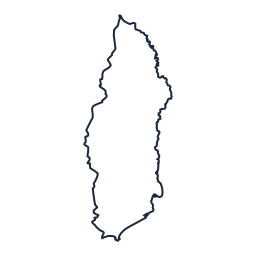 outline of Aiguá, Maldonado, Uruguay
{"feature_id": "84410073B87742847582616", "entity_name": "Aiguá", "entity_type": "district", "adm_level": 2, "iso_a3": "URY", "parent_name": "Uruguay", "parent_adm1": "Maldonado", "projection": "orthographic", "projection_center": [-54.554, -34.619], "detail": "fine", "context": "isolated", "style": "outline", "palette": "slate", "viewbox_px": 256, "rotation_deg": 0, "n_neighbors": 0, "source": "geoboundaries", "source_scale": "gbopen_adm2", "svg_char_len": 5790}
<svg xmlns="http://www.w3.org/2000/svg" viewBox="0 0 256 256"><path d="M99.8,85.2L99.8,86.5L104.4,89.7L105.4,90.7L105.7,92.9L105.6,94.2L106.4,94.9L106.7,96.0L106.3,97.1L102.2,100.7L102.2,102.2L99.3,103.2L95.6,104.8L93.3,106.1L92.4,107.3L92.1,109.7L92.8,115.0L92.6,118.0L91.7,119.3L86.4,129.9L86.6,131.0L87.6,132.4L88.3,134.1L88.1,135.5L87.4,136.2L86.1,136.4L85.2,137.1L85.7,139.7L85.7,142.2L84.6,143.2L84.3,144.2L85.3,145.3L87.6,146.6L88.3,147.5L88.2,150.5L87.5,156.3L89.3,157.6L89.7,158.6L89.6,159.8L89.1,160.9L88.1,161.8L87.7,163.2L88.7,163.5L89.9,163.5L90.1,168.0L94.3,170.7L97.6,173.2L97.7,175.0L96.9,177.6L95.7,180.1L93.7,183.8L94.4,185.9L94.1,187.1L92.8,188.3L93.2,192.6L94.6,202.1L95.2,204.9L97.1,206.9L97.1,207.5L93.8,210.3L93.8,212.8L95.3,213.7L96.6,214.6L97.7,214.8L98.3,215.2L97.8,216.2L97.0,217.4L94.5,217.7L94.7,218.2L95.2,218.8L95.0,219.8L92.6,221.3L92.1,222.0L92.9,223.3L94.6,224.8L96.7,227.3L98.7,229.2L100.3,230.4L102.8,231.6L103.5,232.1L103.8,233.1L102.7,235.2L101.9,237.2L102.3,238.2L106.0,236.6L107.4,236.2L109.4,235.9L112.7,236.1L113.9,236.4L114.2,236.8L114.5,236.8L115.1,237.2L115.2,237.6L115.5,237.8L115.6,238.1L115.6,238.4L115.3,238.5L115.4,238.8L115.2,239.0L115.3,239.5L115.9,239.7L116.1,240.0L116.4,240.0L116.8,240.4L118.1,240.6L118.1,240.2L118.4,239.8L118.8,239.6L119.5,239.8L119.2,239.6L119.0,239.2L119.6,239.2L119.7,238.9L119.3,238.7L119.1,238.3L119.0,237.4L119.0,237.0L119.7,235.3L121.1,233.2L123.1,231.1L125.3,229.2L128.0,227.4L145.8,217.7L145.4,217.1L145.4,216.7L145.2,216.3L144.3,215.5L144.8,215.4L145.3,214.6L146.7,213.7L147.4,213.6L147.5,213.7L147.5,214.1L146.8,214.6L146.3,215.5L146.7,215.9L147.1,215.5L148.2,214.2L148.4,213.5L149.1,212.9L152.6,211.2L153.3,210.6L153.4,209.7L153.3,209.1L152.7,207.9L152.7,207.2L153.1,205.7L152.7,204.5L151.5,202.7L151.2,201.5L151.2,200.7L151.9,199.7L152.3,197.5L152.7,196.7L153.0,195.9L154.2,194.3L154.6,193.5L154.1,195.2L154.2,196.1L154.6,196.8L155.8,196.5L156.0,195.9L155.9,195.0L156.5,195.3L157.1,196.1L158.6,196.8L159.6,197.0L161.0,196.6L161.8,195.9L162.5,193.7L162.4,189.9L162.1,188.1L161.2,185.0L160.5,183.3L159.6,182.7L159.2,182.0L158.1,181.5L157.9,181.2L158.1,180.5L158.0,179.7L157.9,179.3L157.3,178.7L157.3,178.3L157.4,177.7L157.7,177.4L157.9,176.8L157.7,175.8L157.8,175.2L157.5,174.6L156.6,174.0L156.0,173.1L156.0,172.6L156.3,172.1L156.6,172.0L156.8,172.2L156.7,172.7L157.1,172.7L157.4,172.6L157.6,172.1L157.5,171.8L157.2,171.8L157.1,171.4L157.6,170.6L158.0,169.5L158.3,168.0L158.1,167.4L158.3,166.7L158.2,166.1L158.4,165.8L158.3,165.1L158.4,164.4L157.9,163.4L158.0,162.9L158.3,162.7L158.7,162.7L158.8,161.0L158.7,160.0L157.5,159.2L158.2,158.8L158.9,157.7L159.3,155.6L159.1,155.0L158.8,154.8L157.9,153.2L157.9,152.9L158.1,152.0L158.0,151.2L157.3,150.4L156.5,150.2L155.5,149.4L155.0,148.1L155.0,147.3L155.2,147.1L156.5,146.1L156.7,145.7L156.9,144.5L156.8,143.4L157.0,142.9L157.1,142.1L157.4,140.8L158.4,139.3L158.5,138.8L158.3,138.2L158.1,138.0L157.8,137.4L157.7,136.9L157.7,136.4L158.1,135.6L158.3,135.3L158.5,134.4L158.8,134.2L158.9,133.8L159.1,133.6L159.1,133.2L159.5,132.6L159.5,132.2L159.1,131.4L158.7,131.2L157.9,131.1L157.6,130.9L157.5,130.6L157.2,130.2L157.2,129.6L156.9,128.9L156.8,128.4L156.9,128.1L156.7,127.5L156.8,127.3L156.6,126.8L156.7,126.1L157.0,125.1L156.8,124.5L156.9,124.1L156.6,123.7L156.6,123.0L156.8,122.8L157.0,122.2L158.0,121.8L158.0,121.4L158.2,120.5L158.3,119.8L158.4,119.4L159.6,119.3L160.0,118.8L160.3,118.7L160.1,118.4L160.2,118.0L160.1,117.6L160.3,116.4L159.6,115.7L159.0,115.7L158.5,114.8L158.7,114.0L158.9,113.7L158.8,113.3L159.7,113.1L160.4,111.6L160.5,110.8L160.2,110.2L160.2,109.8L160.7,109.7L161.0,109.2L161.5,109.0L164.3,108.8L164.9,108.5L165.3,107.6L165.6,106.6L165.5,106.1L165.2,105.7L165.3,105.1L165.2,104.8L165.3,104.6L165.2,104.2L166.2,103.6L166.7,102.4L167.3,102.0L167.3,101.4L167.7,100.2L168.4,99.0L169.4,98.6L169.8,98.5L170.3,98.8L171.0,98.7L171.3,97.6L171.7,96.8L171.2,95.2L171.4,93.2L170.8,91.6L170.7,91.0L170.1,90.2L169.9,89.4L169.9,88.5L170.5,87.5L170.5,87.1L169.5,85.6L168.0,85.4L167.6,84.9L167.5,84.2L166.3,82.0L166.8,79.7L166.3,78.7L165.6,78.2L164.9,78.5L163.7,77.7L163.4,77.4L163.3,76.5L163.0,76.1L162.1,76.3L161.6,76.9L160.1,77.7L159.0,77.4L158.0,76.5L158.2,74.7L158.1,74.1L157.6,72.8L156.7,71.6L157.1,69.9L157.1,69.2L156.8,68.7L155.8,68.0L155.5,67.6L155.8,66.6L156.0,66.4L156.6,66.1L158.0,65.7L158.3,65.3L158.2,64.9L157.1,64.7L156.7,64.4L156.8,64.0L157.7,63.7L158.3,63.2L158.4,62.8L158.2,62.3L157.6,62.0L157.4,61.4L156.6,61.3L156.4,60.9L156.5,60.6L157.9,59.7L158.0,59.5L157.8,58.9L157.8,58.5L157.6,58.0L157.1,57.6L156.3,57.7L155.7,58.1L155.3,58.5L155.0,58.5L155.2,57.5L155.2,56.9L155.4,56.3L155.8,55.7L155.6,55.1L155.8,54.5L155.9,54.3L156.3,54.4L156.7,55.1L156.9,55.0L157.0,54.7L156.7,54.5L156.8,54.3L156.7,53.8L156.1,52.1L155.7,51.5L155.0,50.9L154.8,50.5L153.7,50.3L153.5,49.9L153.4,48.9L152.7,47.8L152.0,47.9L152.1,47.3L152.3,47.0L153.1,46.8L153.3,46.4L152.5,45.8L152.1,45.7L150.8,46.4L150.5,46.8L150.2,46.6L150.2,45.7L149.3,44.8L149.1,44.4L149.2,44.0L150.0,43.1L149.8,41.7L149.4,41.4L148.8,41.5L148.3,41.9L148.1,41.8L147.9,41.6L147.2,41.2L147.1,40.8L147.3,40.4L147.1,39.9L147.5,39.7L147.7,39.4L147.5,39.0L146.8,38.7L146.5,38.2L146.9,37.4L147.2,35.8L146.3,35.7L145.5,35.1L144.7,34.7L144.5,34.1L144.0,33.6L143.7,32.8L142.5,32.7L140.9,32.1L140.5,31.0L135.6,29.3L135.1,26.4L135.4,23.9L134.4,23.0L132.5,23.1L130.0,24.0L129.1,23.8L125.8,22.1L123.6,20.6L121.9,18.4L121.3,16.9L120.7,16.0L119.9,15.4L119.3,15.6L119.4,16.5L120.0,18.3L118.9,20.9L118.0,25.5L115.6,28.0L114.1,30.0L113.8,35.5L115.5,48.6L114.1,50.9L112.3,52.9L111.9,55.2L108.1,58.9L108.0,60.2L110.5,64.4L110.7,65.5L110.0,66.1L109.3,67.4L104.9,70.0L103.5,71.2L102.5,73.5L102.4,76.5L102.2,78.9L100.3,79.4L100.2,80.5L100.9,84.1L100.8,85.0L99.8,85.2Z" fill="none" stroke="#1e293b" stroke-width="2"/></svg>